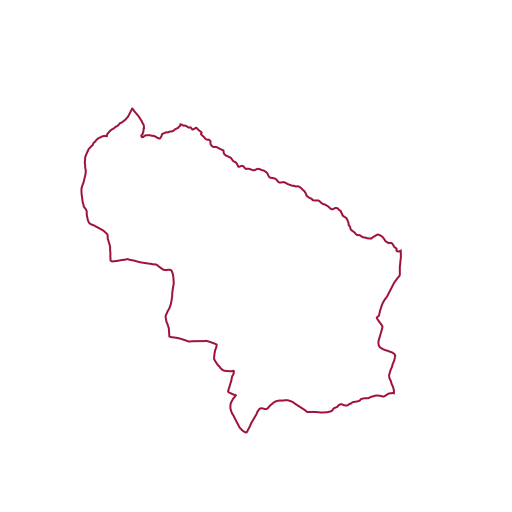 Asmat, Anseba, Eritrea, rotated 323°
{"feature_id": "51966322B95740891670164", "entity_name": "Asmat", "entity_type": "district", "adm_level": 2, "iso_a3": "ERI", "parent_name": "Eritrea", "parent_adm1": "Anseba", "projection": "robinson", "projection_center": [37.974, 16.37], "detail": "fine", "context": "isolated", "style": "outline", "palette": "rose", "viewbox_px": 512, "rotation_deg": 323, "n_neighbors": 0, "source": "geoboundaries", "source_scale": "gbopen_adm2", "svg_char_len": 6100}
<svg xmlns="http://www.w3.org/2000/svg" viewBox="0 0 512 512"><g transform="rotate(323 256 256)"><path d="M276.0,106.9L275.0,105.4L273.7,106.4L272.1,106.4L270.8,106.8L267.7,106.1L265.0,106.3L264.3,106.1L261.9,104.7L259.8,104.2L258.9,103.2L254.4,102.1L252.4,103.5L250.9,104.1L249.9,104.3L249.4,103.9L248.5,102.6L247.7,100.4L246.4,98.2L245.7,97.8L243.4,95.2L240.4,93.2L238.9,92.9L238.4,93.1L237.6,93.1L236.5,92.6L236.4,92.4L236.4,91.8L236.9,90.8L237.9,90.4L238.8,90.4L239.8,89.5L241.0,88.8L243.0,86.5L243.4,86.6L243.6,86.3L244.9,84.3L245.3,83.1L245.4,81.0L245.8,80.4L246.3,74.4L246.3,72.6L245.9,67.1L246.0,65.7L245.8,64.2L246.6,63.4L237.7,67.7L233.8,68.5L229.2,68.6L227.2,68.1L224.5,68.7L223.2,68.7L221.8,68.4L218.6,68.5L217.2,68.2L215.6,68.2L213.8,68.4L210.5,69.2L209.5,69.9L209.0,70.5L208.2,69.9L207.1,68.8L205.0,67.9L200.7,67.1L198.2,67.3L196.2,67.9L194.5,67.9L192.1,69.2L191.2,69.1L186.4,70.0L184.9,71.0L184.2,71.2L180.3,73.5L178.6,74.7L177.7,76.0L175.6,78.1L175.2,78.8L174.3,80.5L172.9,82.4L171.4,85.5L168.9,88.2L162.6,93.4L159.9,95.1L157.2,97.1L154.4,100.9L150.0,108.7L148.9,111.6L148.5,112.2L148.2,113.1L148.2,116.4L147.9,117.8L147.6,118.6L145.7,121.1L144.6,123.4L143.2,126.4L142.7,128.8L142.8,130.0L143.4,131.6L145.0,134.0L146.1,136.7L146.6,137.5L149.4,143.9L150.2,148.0L150.2,149.8L147.9,153.1L147.6,154.5L146.8,156.2L146.0,158.6L144.7,161.4L143.0,163.5L141.4,166.2L139.3,168.8L138.4,170.3L137.4,171.5L137.2,172.1L137.3,172.8L137.6,173.5L138.5,174.2L142.2,176.4L147.1,178.8L148.3,179.7L151.5,181.1L152.9,183.1L156.4,186.9L157.2,188.1L159.8,191.4L166.1,197.9L167.2,198.8L169.1,201.1L170.4,201.8L171.7,204.0L172.2,206.4L173.7,211.1L175.5,213.0L178.0,214.4L179.3,215.7L179.7,216.4L179.7,217.0L179.1,219.4L178.3,221.2L176.9,223.8L174.0,228.1L173.1,229.1L170.5,231.5L166.9,235.1L164.5,238.1L163.1,239.2L162.8,239.8L158.5,243.6L154.7,246.0L152.3,246.9L147.9,249.4L147.1,250.3L144.7,255.1L144.6,256.2L144.2,257.4L142.9,261.2L138.4,268.1L139.2,269.5L143.6,273.8L146.0,276.7L151.0,284.0L154.4,286.1L163.1,292.6L165.2,293.8L167.2,296.4L170.5,301.5L171.2,302.9L171.1,303.4L170.6,303.9L169.0,305.2L166.9,306.5L164.2,308.9L161.4,311.9L160.5,313.2L160.1,315.9L159.9,320.3L160.2,321.6L160.2,324.3L160.7,327.1L161.8,328.7L163.7,330.5L166.5,332.9L168.1,333.9L168.7,333.9L168.9,334.2L169.0,334.7L167.8,336.0L166.6,337.0L165.2,337.4L164.1,338.1L161.1,340.8L152.2,347.3L152.1,348.3L154.5,352.9L155.8,354.6L156.0,355.2L151.5,356.3L149.1,357.5L148.2,357.8L146.5,359.0L144.0,362.0L143.1,364.1L142.2,367.1L141.9,370.4L141.0,375.0L139.7,383.1L140.1,387.0L140.6,388.7L141.8,391.0L142.4,391.2L143.6,390.8L144.7,390.1L148.4,388.5L151.0,386.9L161.2,382.6L163.7,381.1L165.7,380.6L166.5,380.2L167.9,380.4L169.1,381.2L171.4,384.0L172.5,384.6L174.2,384.6L177.0,383.9L182.1,383.7L183.1,383.7L185.5,384.4L188.2,385.8L190.0,387.4L191.6,388.2L194.4,390.1L196.6,393.2L197.6,395.1L198.3,397.6L202.1,407.9L203.0,411.3L203.4,411.8L207.3,414.5L209.9,416.6L213.8,420.2L216.2,421.9L219.2,423.8L222.1,425.0L223.5,425.3L224.3,425.2L225.1,424.7L226.7,424.5L230.1,425.4L232.2,424.9L234.3,425.3L235.2,425.9L236.5,428.2L237.8,429.5L238.8,430.2L239.4,430.4L241.9,430.4L242.8,431.0L244.7,430.9L245.7,431.1L249.1,433.0L251.6,433.9L253.9,433.5L256.9,434.8L260.0,437.1L263.8,437.9L265.2,438.7L265.8,438.7L266.8,439.1L268.8,440.3L269.8,441.2L271.7,443.2L272.2,444.1L273.3,445.0L274.5,445.3L279.1,445.7L282.6,447.6L283.5,448.6L284.9,446.8L286.0,444.7L286.8,442.4L287.2,440.2L288.6,436.5L288.7,435.2L289.2,433.5L290.5,431.3L294.5,428.3L298.3,426.1L299.9,424.7L303.7,422.5L307.0,419.6L307.4,419.1L307.5,417.4L307.0,415.8L306.5,414.6L305.5,413.4L304.3,411.1L303.1,409.8L301.1,406.4L300.1,403.7L300.1,402.0L300.2,401.4L301.2,399.4L302.7,397.6L311.2,391.3L314.3,388.8L314.8,387.4L314.9,380.3L315.2,378.1L316.2,377.7L318.0,377.7L318.6,377.4L322.2,374.3L327.1,370.9L329.4,369.6L332.6,368.3L336.6,367.1L350.4,360.4L356.2,358.7L358.8,358.2L359.9,357.1L364.1,351.5L371.0,344.1L374.8,338.9L372.8,338.4L371.7,337.3L371.4,336.8L371.4,336.2L372.5,335.1L372.6,334.8L372.5,333.9L371.9,332.4L372.2,329.4L372.2,327.9L372.1,327.4L371.4,326.5L369.8,325.6L369.3,324.8L369.1,323.8L368.5,322.8L368.3,321.3L368.6,320.0L368.5,316.7L368.0,315.2L366.6,312.5L366.2,312.2L365.2,311.8L362.5,311.6L360.9,311.3L358.4,311.4L358.1,311.2L357.6,310.5L356.1,309.5L354.1,306.8L352.7,305.4L352.4,304.8L351.5,302.2L351.2,301.7L349.4,300.1L349.1,299.4L348.9,298.3L348.8,296.3L347.6,292.3L347.8,291.4L348.5,289.6L348.7,288.9L348.6,287.2L349.8,285.2L350.2,284.1L351.0,280.2L350.6,278.8L350.0,277.6L349.9,276.4L349.5,276.0L349.6,275.4L350.2,274.0L350.2,272.3L350.6,271.7L350.7,270.9L350.1,269.4L349.9,267.1L349.4,266.4L348.4,265.4L345.6,264.9L344.5,264.2L344.0,263.1L343.5,260.0L342.8,258.1L341.8,256.1L340.8,254.8L340.1,253.0L339.9,251.4L339.5,249.7L339.2,249.2L336.3,247.0L335.2,245.9L334.9,245.3L334.8,243.6L333.9,242.3L332.7,238.9L332.9,237.4L333.4,236.2L333.5,234.4L333.7,233.6L333.2,231.5L332.9,228.8L332.1,226.5L331.1,225.2L330.4,225.0L329.5,224.4L328.8,222.9L327.9,222.4L326.5,220.6L324.4,217.3L324.1,216.2L322.5,213.5L320.1,212.3L319.1,211.6L318.7,211.1L318.3,209.4L318.3,207.4L318.0,206.2L317.6,205.4L315.9,203.3L314.7,202.4L314.1,200.8L314.3,198.9L314.8,197.1L314.6,195.1L313.6,192.5L312.1,190.6L311.3,188.9L310.5,188.0L309.8,187.4L308.9,187.1L306.8,186.7L305.8,186.2L305.1,185.5L303.3,182.7L302.0,181.3L301.4,180.9L300.8,180.8L300.3,180.3L300.0,179.3L300.0,177.1L299.5,175.9L298.8,175.4L296.0,174.5L295.7,174.1L295.6,173.6L296.2,171.4L296.3,170.4L296.2,169.1L295.2,167.1L294.9,166.1L295.0,162.8L294.4,161.2L292.4,157.6L292.0,155.9L292.2,154.5L292.7,153.4L293.3,152.7L293.4,152.0L293.2,151.4L292.5,150.4L290.4,145.9L289.5,144.6L287.9,143.6L287.1,142.4L286.9,140.0L287.2,139.1L287.6,138.3L288.6,137.2L288.6,135.7L288.3,134.6L287.3,134.0L286.6,133.1L286.1,132.0L286.1,129.8L285.6,127.7L285.4,125.7L285.7,125.3L286.8,124.8L286.9,124.4L285.9,120.6L285.6,117.9L285.4,117.6L285.1,117.4L282.7,117.3L281.3,116.7L281.2,114.0L280.7,113.5L280.0,113.3L279.6,113.0L278.9,111.7L278.9,110.8L278.6,110.3L277.7,109.0L276.6,108.4L276.0,106.9Z" fill="none" stroke="#9f1239" stroke-width="2"/></g></svg>